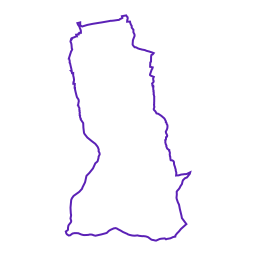 Harseni, Brasov, Romania (Equal Earth projection)
{"feature_id": "2599482B70771165019012", "entity_name": "Harseni", "entity_type": "district", "adm_level": 2, "iso_a3": "ROU", "parent_name": "Romania", "parent_adm1": "Brasov", "projection": "equal_earth", "projection_center": [25.04, 45.68], "detail": "fine", "context": "isolated", "style": "outline", "palette": "violet", "viewbox_px": 256, "rotation_deg": 0, "n_neighbors": 0, "source": "geoboundaries", "source_scale": "gbopen_adm2", "svg_char_len": 5502}
<svg xmlns="http://www.w3.org/2000/svg" viewBox="0 0 256 256"><path d="M175.3,236.6L175.4,235.5L177.0,233.4L178.9,231.5L180.9,229.0L186.4,224.1L181.9,218.1L181.5,215.8L179.8,208.8L179.0,204.6L177.9,202.4L176.7,198.9L176.5,197.7L176.8,194.6L176.7,191.7L177.4,190.6L178.4,189.6L179.6,188.0L180.4,186.3L181.9,184.1L182.6,181.2L183.0,180.2L185.0,178.2L186.9,177.5L189.8,173.8L190.2,172.3L186.7,174.0L185.8,174.1L185.3,174.1L184.0,174.2L183.0,174.4L182.4,174.4L181.7,174.5L181.0,174.6L179.8,175.0L178.8,175.3L178.0,175.4L177.0,175.4L176.1,175.5L176.3,173.6L176.3,172.5L176.0,171.6L175.7,170.3L175.7,169.4L175.3,168.4L175.0,167.0L174.7,166.2L174.3,165.1L174.0,163.9L174.0,162.7L173.8,161.7L173.5,161.2L172.4,160.4L170.9,160.3L170.6,160.0L170.4,158.7L170.2,156.5L169.9,156.1L169.9,155.3L169.7,154.4L169.9,153.1L169.8,152.4L169.4,151.2L169.1,150.8L169.3,150.1L168.7,149.7L167.3,148.7L166.9,147.9L166.3,146.4L166.4,145.5L166.0,144.7L165.8,144.4L165.7,143.9L165.5,143.1L165.3,142.4L165.4,141.3L165.2,140.1L165.9,139.6L166.0,138.2L166.0,137.2L167.0,136.6L167.2,135.6L166.8,134.5L166.0,132.9L165.8,131.7L166.8,129.7L167.3,128.3L167.5,126.6L167.4,125.1L166.8,124.2L166.4,122.7L165.8,122.2L165.9,121.3L165.5,120.6L164.6,118.8L163.9,118.0L162.8,117.1L161.9,116.3L161.3,115.8L158.9,114.2L158.3,113.8L156.5,113.4L155.5,111.5L153.9,109.8L153.7,109.1L154.4,106.9L154.1,106.1L154.1,105.9L154.1,105.3L154.1,105.2L154.0,104.4L154.2,104.0L154.1,103.0L154.2,101.8L154.2,101.1L154.2,99.5L154.2,98.4L154.2,97.3L154.3,96.7L154.0,95.8L153.9,95.0L153.6,94.2L153.8,93.9L153.6,92.8L153.7,92.6L153.8,92.1L153.4,91.3L153.6,90.5L153.3,89.9L153.2,87.7L153.4,87.0L153.4,86.7L152.8,86.5L153.0,85.9L152.7,85.9L152.3,85.1L152.4,84.5L152.1,83.5L153.4,82.2L153.7,81.1L153.4,80.8L153.1,78.7L153.8,76.9L150.9,75.7L150.1,75.2L150.0,74.5L151.8,69.3L152.3,68.8L152.7,67.4L150.1,66.8L150.3,62.4L151.0,61.7L151.1,56.5L151.4,55.0L152.7,54.4L153.7,53.1L152.3,52.5L150.3,51.9L149.2,51.5L146.8,50.9L146.0,50.6L144.9,50.1L143.9,49.9L142.2,49.6L141.7,49.5L140.8,49.2L139.7,49.0L138.6,48.6L137.7,48.3L137.4,48.1L136.6,47.6L135.5,47.2L134.8,47.3L134.6,47.2L133.6,46.1L132.7,44.8L132.6,44.4L132.9,40.7L132.9,40.3L133.3,39.2L133.6,38.4L134.2,36.9L134.6,35.9L134.5,35.0L134.5,34.5L134.4,34.3L134.3,34.0L133.5,32.5L133.4,32.2L133.4,29.7L133.1,29.4L133.0,29.2L131.9,27.9L131.7,27.6L131.7,27.4L131.7,27.0L131.7,25.9L131.6,25.7L131.1,25.0L130.8,24.5L130.5,23.5L130.2,22.8L130.1,22.5L130.1,22.1L130.0,21.6L129.2,21.6L127.1,21.7L127.3,19.7L127.5,19.4L127.6,19.0L127.7,18.6L127.6,17.8L127.6,17.3L127.5,17.1L127.2,16.9L126.7,16.3L126.6,16.1L126.4,15.9L126.4,15.7L126.2,15.4L121.9,16.2L122.4,17.9L122.0,18.2L121.4,18.5L120.1,19.0L119.6,19.5L119.1,19.8L118.3,20.0L117.7,20.0L115.7,20.3L114.4,20.5L111.7,20.8L110.5,20.8L109.2,21.1L101.2,22.5L99.1,22.8L96.7,23.2L92.9,23.8L87.4,24.9L82.2,26.5L82.0,26.4L81.1,25.9L80.3,25.3L80.1,24.9L80.2,24.4L80.2,23.6L80.2,23.1L80.2,22.9L80.2,22.4L79.1,22.7L77.4,23.1L77.6,23.6L77.7,23.8L77.8,24.2L78.1,24.8L78.4,25.2L79.0,26.0L79.3,26.5L79.5,26.9L79.6,27.3L79.9,28.2L80.1,28.6L80.3,29.1L80.7,30.1L80.8,30.4L80.8,30.8L80.9,31.3L80.9,32.0L80.9,32.8L79.5,32.8L79.4,33.4L78.6,33.4L78.4,33.7L78.5,34.5L76.2,34.7L76.8,36.3L76.5,36.3L75.7,36.6L74.6,37.1L73.9,37.4L72.0,38.1L72.1,38.5L71.8,39.1L71.4,39.8L71.1,40.2L70.9,39.9L70.5,41.3L70.5,41.6L70.7,42.2L70.9,42.4L71.0,42.7L71.3,43.7L71.4,44.0L71.5,44.9L71.8,48.5L72.2,49.2L72.2,49.4L72.1,49.6L72.0,49.9L71.0,51.7L70.8,52.4L70.7,52.8L70.4,53.6L68.9,58.4L69.1,58.4L69.4,59.9L69.7,60.9L69.7,61.6L69.7,62.0L69.6,62.7L70.1,63.3L70.3,64.4L70.7,66.2L71.3,68.7L71.7,70.8L71.1,70.9L71.3,71.1L71.6,71.7L71.7,71.9L71.9,72.5L72.0,72.8L72.0,73.2L72.2,73.4L73.2,73.1L73.2,74.7L73.2,75.2L73.3,76.1L73.5,76.6L73.7,77.5L73.9,78.9L74.0,79.2L74.0,79.6L74.0,80.2L73.7,82.4L73.4,82.4L73.3,83.8L74.8,83.9L74.7,85.9L74.6,87.8L75.0,87.9L75.0,89.1L75.1,89.7L75.2,90.3L75.3,90.6L75.5,91.6L76.5,95.6L77.0,97.3L78.4,99.3L78.5,99.6L78.6,100.0L78.7,100.4L78.7,100.8L78.8,101.3L78.7,101.9L78.5,102.4L78.5,102.8L78.2,104.5L77.9,105.1L78.4,105.6L78.4,106.3L78.6,106.7L79.2,107.6L79.4,108.4L79.3,109.7L79.6,110.6L79.4,111.0L79.6,111.8L79.8,112.2L79.8,112.7L79.6,113.4L79.7,114.0L79.8,114.6L79.6,115.1L80.1,115.8L80.0,116.0L80.0,116.4L80.1,117.0L80.2,117.6L80.3,117.9L80.7,118.4L80.8,118.7L80.7,118.8L80.7,119.0L80.7,119.4L83.2,123.1L83.4,127.7L84.0,132.8L84.5,133.9L87.3,137.5L91.6,141.0L95.3,143.8L97.2,146.2L97.9,147.3L98.7,149.5L98.6,151.3L99.4,152.7L99.7,154.1L99.5,154.8L98.6,156.6L98.5,158.0L97.6,161.2L97.2,161.7L95.3,163.3L93.0,168.4L89.3,173.0L86.7,175.6L86.4,176.1L85.2,181.7L84.9,182.6L82.4,187.6L82.1,188.7L79.3,191.8L73.6,195.9L71.9,198.3L71.2,200.0L70.5,207.7L70.8,213.4L71.1,215.1L71.0,215.9L70.5,218.5L71.2,220.9L71.1,221.7L70.8,222.4L68.8,224.9L68.4,225.6L68.0,227.8L68.0,229.5L67.7,230.2L65.8,231.5L66.3,233.4L66.9,234.3L68.7,235.5L70.1,235.3L72.1,233.8L72.6,233.5L74.6,233.1L78.2,233.2L81.3,234.5L83.3,235.0L84.4,235.1L88.2,234.9L89.9,234.5L91.9,234.6L94.1,235.4L95.5,235.7L99.1,234.9L101.0,234.5L106.6,233.0L107.1,232.6L108.8,230.9L110.6,229.8L113.7,228.4L115.6,228.1L116.8,228.5L118.5,229.5L120.7,230.6L123.0,232.0L127.3,233.9L127.8,234.3L129.5,234.9L132.2,235.5L134.6,235.7L137.5,235.4L139.4,235.9L140.1,235.9L140.6,236.0L142.3,236.2L143.3,236.1L145.8,236.4L147.7,237.0L148.4,237.4L151.2,239.5L152.2,239.9L153.2,240.0L155.2,240.5L156.1,240.6L159.7,239.0L161.3,238.7L164.8,238.4L166.0,239.3L167.0,238.9L167.7,238.8L170.4,238.3L173.2,237.0L175.3,236.6Z" fill="none" stroke="#5b21b6" stroke-width="2"/></svg>